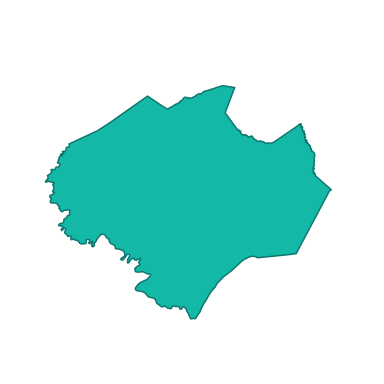 the district of Namwala, Southern, Zambia, rotated 234°
{"feature_id": "96606910B54328368707661", "entity_name": "Namwala", "entity_type": "district", "adm_level": 2, "iso_a3": "ZMB", "parent_name": "Zambia", "parent_adm1": "Southern", "projection": "equal_earth", "projection_center": [26.749, -15.957], "detail": "fine", "context": "isolated", "style": "filled", "palette": "teal", "viewbox_px": 384, "rotation_deg": 234, "n_neighbors": 0, "source": "geoboundaries", "source_scale": "gbopen_adm2", "svg_char_len": 5944}
<svg xmlns="http://www.w3.org/2000/svg" viewBox="0 0 384 384"><g transform="rotate(234 192 192)"><path d="M251.4,287.9L259.5,279.9L260.3,278.6L265.0,264.1L266.2,261.3L266.4,260.1L266.1,259.6L266.2,258.9L265.8,257.2L266.0,256.7L266.5,256.5L267.5,254.9L267.8,253.9L267.7,250.6L268.0,248.4L268.0,246.9L269.1,246.0L269.3,245.1L270.0,244.5L270.3,244.5L270.4,244.2L270.7,244.1L271.5,243.1L272.0,242.9L272.9,241.8L273.0,240.8L272.2,238.4L272.2,237.2L272.4,236.3L272.3,235.3L271.9,234.4L271.5,234.4L272.0,233.0L272.0,232.2L272.2,231.2L272.5,231.0L272.8,225.9L273.3,223.0L273.2,221.1L277.1,219.2L295.7,212.4L296.4,166.2L297.1,151.7L303.1,120.8L301.2,119.7L300.8,119.2L301.9,116.7L301.8,116.4L300.2,114.9L299.4,112.5L300.5,111.9L300.9,111.0L298.4,110.6L298.6,109.8L299.7,108.9L299.7,108.3L299.4,107.8L298.3,108.6L297.8,108.5L297.8,108.0L298.7,106.4L298.0,105.4L297.8,104.3L296.5,103.6L296.4,102.5L295.3,101.8L294.9,100.5L294.1,100.5L293.0,101.6L292.4,101.8L291.9,101.5L290.9,99.5L290.9,98.6L292.0,96.4L290.8,94.6L290.7,94.0L292.1,92.7L292.8,91.0L291.2,90.5L290.5,89.7L290.1,88.7L290.0,87.4L290.2,84.7L288.4,84.1L287.7,83.5L287.2,82.2L286.6,79.6L286.1,79.4L285.7,80.0L285.1,82.3L284.2,82.6L283.6,83.5L282.4,84.1L281.7,85.2L280.3,85.9L280.1,85.7L280.1,84.2L279.8,83.7L279.2,83.6L278.5,84.0L278.2,83.9L277.4,82.8L276.0,82.4L275.5,81.8L274.7,79.8L273.8,79.5L272.6,80.3L272.3,80.1L272.0,78.2L272.1,77.1L272.7,75.3L272.3,74.6L271.3,74.0L269.2,74.3L267.8,71.9L266.9,71.4L266.1,71.5L262.5,76.1L260.0,75.6L258.2,76.5L257.3,74.9L257.0,74.8L255.7,75.1L253.9,74.6L252.7,75.0L252.3,75.5L252.4,77.7L250.9,80.0L250.6,81.3L248.7,82.6L248.4,82.3L247.7,80.9L245.4,79.8L246.0,77.7L245.4,76.1L244.8,75.3L245.2,73.7L245.2,72.9L244.8,71.8L243.4,70.9L243.0,70.1L243.1,68.5L243.4,68.1L244.1,65.7L243.5,64.5L243.1,64.5L240.9,66.7L240.0,67.2L239.3,66.6L238.6,64.2L237.9,63.9L237.4,64.0L237.3,64.8L237.7,66.1L237.7,66.9L237.5,67.8L236.9,68.4L236.5,68.4L235.8,67.7L235.2,66.5L234.0,65.2L233.2,64.9L231.5,65.5L229.2,65.5L228.8,65.9L228.0,67.8L227.3,68.2L226.7,68.0L225.5,66.4L224.5,66.2L224.1,66.8L223.6,69.1L222.4,68.8L219.7,71.0L216.4,71.1L215.4,71.7L214.3,72.9L213.0,75.2L212.9,76.2L213.3,76.9L215.2,77.9L215.4,78.8L215.0,79.8L213.7,81.0L213.0,81.1L212.7,80.7L211.6,78.7L211.2,78.5L210.9,78.5L210.4,79.1L210.4,80.4L210.8,81.8L210.5,82.4L209.5,81.5L208.6,80.0L207.7,79.4L206.5,79.1L205.9,79.8L205.9,81.0L206.3,81.8L208.3,82.8L208.1,84.3L209.9,88.0L211.0,92.4L210.7,94.7L208.8,96.3L204.9,96.1L202.5,97.0L201.0,96.1L198.3,95.9L194.1,98.1L193.3,98.1L192.1,97.1L190.9,96.9L190.0,98.1L187.5,100.3L186.6,100.7L186.0,101.4L184.0,102.0L181.6,101.3L180.2,100.2L179.7,98.9L180.0,96.4L179.8,95.4L179.3,94.9L178.8,94.8L178.0,95.4L177.6,96.8L179.4,102.4L179.4,103.2L179.0,104.2L178.6,104.6L178.0,104.7L177.2,104.2L176.7,103.6L175.1,100.2L172.7,98.3L172.4,98.3L172.1,98.8L172.0,99.8L173.2,102.1L173.3,103.6L173.2,104.9L172.5,106.1L171.1,105.6L170.5,106.0L169.4,107.2L169.1,110.1L168.6,111.1L167.7,110.9L167.2,108.9L166.4,107.6L165.4,107.3L163.7,107.2L163.6,106.4L164.1,103.9L163.7,101.0L162.7,100.0L160.9,99.5L160.0,100.0L159.1,101.0L156.2,105.6L152.1,107.7L151.2,108.5L150.3,109.9L149.8,110.1L149.0,109.6L148.5,108.5L147.8,103.7L149.0,97.9L149.1,96.3L148.9,94.0L147.9,90.6L147.4,89.7L146.5,89.0L145.7,89.0L144.3,89.6L141.2,92.9L139.0,94.2L137.7,94.7L132.9,95.1L131.9,95.7L129.4,98.0L127.7,99.0L126.5,99.1L122.9,98.2L122.2,98.3L116.9,99.9L116.1,101.4L115.9,102.6L115.4,103.3L112.7,103.9L110.4,105.7L110.0,106.8L110.1,107.3L111.0,108.4L111.0,109.3L108.2,112.5L107.3,113.9L106.6,114.1L104.5,113.5L103.7,114.2L103.5,115.0L104.6,116.4L104.6,117.0L104.2,117.3L102.4,118.3L101.0,118.6L98.5,117.7L96.3,117.7L90.4,116.4L89.7,116.9L88.8,119.1L88.0,119.5L87.6,121.0L88.6,122.8L90.2,127.7L92.7,131.7L94.6,135.6L96.0,139.2L97.8,143.2L99.8,148.0L100.9,151.9L101.4,154.5L103.3,158.6L104.9,167.5L105.1,177.4L106.4,189.0L106.7,189.9L106.8,194.7L106.2,197.5L105.8,200.3L104.7,202.8L102.5,205.4L100.2,206.5L85.6,231.5L80.9,240.0L111.9,303.5L112.1,306.0L132.5,301.4L133.4,301.8L134.3,301.6L134.2,302.1L134.5,302.3L135.3,301.7L135.8,302.2L135.9,301.7L136.6,301.5L137.8,302.6L138.3,302.7L138.6,303.3L138.5,303.7L138.7,304.0L139.2,304.6L140.1,304.0L140.2,304.6L140.7,304.7L141.2,306.3L141.8,306.4L142.8,307.3L143.6,307.4L143.7,307.7L145.1,309.2L147.6,310.6L148.2,311.7L149.9,313.1L151.0,313.5L151.3,313.8L153.9,313.5L154.3,313.4L154.6,312.8L155.9,313.2L156.6,313.8L157.1,313.6L157.9,314.1L158.7,313.9L159.5,314.5L160.0,314.4L160.1,314.7L160.5,314.4L161.5,314.6L162.0,314.1L162.9,314.5L163.3,314.1L164.0,314.2L164.2,313.9L164.7,314.1L164.9,313.9L164.8,314.5L165.4,314.6L165.7,314.3L165.8,314.9L166.2,315.1L166.4,314.8L166.4,314.5L166.7,314.8L166.8,314.3L167.6,314.6L168.2,314.4L168.5,314.7L169.6,315.0L169.5,316.0L170.0,316.0L170.1,315.7L170.5,315.6L171.8,316.4L171.7,316.7L172.4,316.9L172.3,317.4L173.8,317.1L173.7,317.3L174.2,317.3L174.2,317.7L174.5,317.6L175.2,318.2L175.2,317.5L175.6,317.6L175.8,317.1L175.8,317.3L176.2,317.5L176.3,317.1L176.5,317.1L176.9,317.6L176.8,317.9L177.1,318.2L177.6,318.3L177.5,317.9L177.9,318.0L177.9,318.4L178.8,318.8L179.3,319.5L179.8,319.1L180.0,318.4L180.2,318.6L180.1,319.0L180.4,319.3L180.5,319.0L181.2,318.8L182.4,320.0L182.8,320.1L182.8,318.9L183.0,318.8L183.5,319.4L183.7,318.9L183.4,317.5L184.2,287.8L184.7,285.4L186.5,282.9L186.5,282.2L187.4,281.7L187.5,281.1L188.2,280.0L190.3,279.6L191.7,278.4L192.3,277.5L193.1,277.4L194.3,275.0L195.3,274.3L196.5,274.4L197.0,274.2L197.4,273.6L198.2,273.5L198.9,272.9L199.8,273.3L200.4,273.2L200.6,273.5L201.6,273.0L202.0,273.3L202.3,273.0L202.8,271.7L202.6,270.9L203.1,270.3L203.5,270.2L203.8,269.7L204.8,269.8L205.7,269.4L206.6,269.3L207.0,267.8L207.7,267.8L208.3,267.2L208.3,266.8L209.1,266.2L210.7,266.1L210.9,266.3L211.4,266.0L211.8,266.0L212.2,266.6L212.5,266.5L212.6,266.9L213.0,266.4L213.9,266.7L214.3,265.8L215.4,265.5L215.6,265.7L215.7,265.4L236.6,265.4L251.4,287.9Z" fill="#14b8a6" stroke="#0f766e" stroke-width="1.5"/></g></svg>